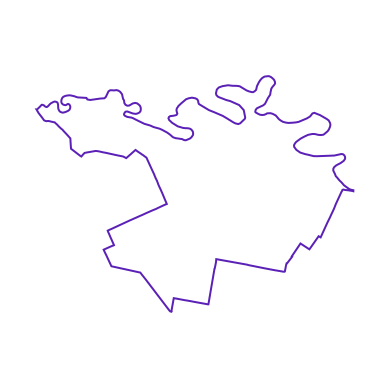 Gherghita, Prahova, Romania, rotated 4°
{"feature_id": "2599482B3655847056384", "entity_name": "Gherghita", "entity_type": "district", "adm_level": 2, "iso_a3": "ROU", "parent_name": "Romania", "parent_adm1": "Prahova", "projection": "albers", "projection_center": [26.262, 44.787], "detail": "fine", "context": "isolated", "style": "outline", "palette": "violet", "viewbox_px": 384, "rotation_deg": 4, "n_neighbors": 0, "source": "geoboundaries", "source_scale": "gbopen_adm2", "svg_char_len": 5913}
<svg xmlns="http://www.w3.org/2000/svg" viewBox="0 0 384 384"><g transform="rotate(4 192 192)"><path d="M352.9,180.0L352.9,179.0L350.9,178.7L348.8,178.2L343.3,174.8L340.6,172.1L338.0,169.9L336.0,167.7L334.3,166.1L333.3,163.9L332.3,162.3L331.5,160.8L331.3,159.2L332.0,157.4L334.1,155.3L338.2,152.8L341.2,150.3L342.4,148.2L342.3,146.8L342.1,146.0L341.4,144.8L340.0,143.8L338.3,143.7L331.5,145.7L314.0,147.6L310.7,147.7L305.6,146.8L302.2,146.3L297.2,145.1L293.2,142.7L290.8,139.9L290.5,138.2L291.3,136.4L292.5,134.7L296.6,131.2L300.2,128.9L303.8,126.9L307.7,125.8L310.4,125.6L314.2,126.2L316.6,126.2L319.0,125.7L319.7,125.2L323.0,122.0L324.2,120.1L325.1,117.4L325.4,115.4L324.9,113.5L323.4,111.1L321.2,109.7L314.2,106.3L312.5,105.8L308.6,104.5L306.7,105.2L304.6,108.3L301.6,110.5L293.5,114.6L290.9,115.3L287.3,115.9L283.1,116.4L280.0,116.1L277.7,115.6L275.3,114.4L273.5,113.2L272.1,111.7L270.2,109.8L267.0,108.4L264.8,107.9L261.5,108.3L260.2,109.2L258.5,110.0L256.5,110.3L255.0,110.2L253.9,110.0L253.4,109.7L252.5,109.4L250.0,108.2L249.5,107.6L249.8,105.6L250.8,104.1L251.9,103.4L257.1,100.5L258.7,98.9L261.2,93.0L263.2,89.5L263.4,86.8L263.9,83.4L264.9,81.6L266.9,78.9L267.3,77.7L266.9,75.9L265.9,74.2L264.2,72.8L262.9,71.9L261.2,71.2L259.9,71.1L256.4,71.8L255.7,72.2L253.8,73.7L252.3,75.7L251.1,77.8L249.4,81.9L248.9,85.4L248.5,86.0L247.4,87.2L246.1,88.1L244.8,88.2L242.0,87.7L239.4,86.9L232.2,83.2L229.5,83.0L225.1,83.2L220.5,83.0L215.0,84.3L211.4,85.9L209.6,88.1L209.0,92.0L209.7,93.8L211.5,95.3L219.6,97.8L224.0,98.7L233.0,102.0L235.0,103.9L237.9,106.7L239.9,114.0L239.6,115.3L235.3,120.1L233.4,121.0L230.4,120.5L228.3,119.6L221.3,115.9L217.3,113.9L209.0,111.0L203.1,109.1L192.8,103.8L192.1,102.4L191.8,100.8L191.3,99.9L190.6,99.1L188.8,98.3L185.4,97.9L182.3,98.7L179.6,99.9L175.0,104.4L172.5,107.1L171.0,109.8L170.8,111.6L171.4,113.6L171.9,114.8L171.3,116.1L170.3,116.6L167.9,117.3L165.0,117.8L163.7,118.9L163.4,120.2L164.2,121.8L167.4,124.4L173.2,127.5L175.4,128.0L178.7,128.7L180.8,128.8L183.2,128.7L185.2,128.9L186.6,129.5L187.9,130.7L188.7,131.9L189.0,133.3L189.1,134.2L189.0,135.1L187.6,137.5L186.1,138.9L182.3,140.8L180.6,140.8L178.4,139.9L171.7,139.4L169.3,138.7L168.0,137.8L166.1,136.3L163.0,134.4L157.7,132.0L155.2,131.1L149.2,129.9L145.7,128.6L139.7,127.3L131.3,123.9L128.1,122.5L126.5,122.0L123.2,121.7L121.8,121.5L119.5,120.5L118.8,119.6L118.9,118.4L119.6,117.1L120.4,116.4L121.9,116.2L127.5,117.8L130.5,118.0L132.1,117.5L134.0,116.4L135.0,114.9L135.2,113.2L134.9,111.2L133.9,109.4L132.6,108.4L131.1,107.4L129.0,107.1L126.5,107.9L124.9,109.1L123.2,110.2L121.3,110.4L119.5,109.6L118.3,107.9L117.8,105.4L116.7,103.8L115.4,99.4L113.5,97.2L111.7,96.1L109.8,95.6L107.1,96.1L104.6,96.1L103.3,96.2L101.7,97.4L99.4,103.2L98.1,104.6L93.9,105.2L84.1,107.3L81.2,107.0L80.1,105.5L71.6,105.6L70.4,105.4L68.0,104.7L65.5,104.3L64.1,104.1L62.6,104.1L59.8,104.7L58.5,105.2L57.0,106.0L56.2,106.9L55.7,108.0L55.4,109.0L55.3,109.7L55.3,110.3L55.4,111.3L55.6,112.1L56.0,112.7L57.2,113.7L58.6,114.1L59.5,114.2L60.2,114.1L61.0,113.5L61.7,113.0L62.3,112.8L62.7,112.9L63.2,113.1L63.8,113.6L64.4,114.6L64.7,115.5L64.6,116.8L64.4,117.5L64.1,118.4L63.3,119.2L62.4,119.9L60.4,120.9L59.2,121.4L57.9,121.8L56.8,121.8L55.9,121.5L55.2,121.3L54.7,121.0L54.2,120.6L53.5,119.6L53.1,118.9L52.8,118.2L52.6,116.8L52.3,114.2L52.0,113.2L51.6,112.3L51.0,111.8L49.6,111.4L48.6,111.4L47.7,111.7L45.8,112.9L45.1,113.3L44.4,114.0L43.3,115.3L42.7,116.1L41.7,117.1L41.1,117.4L40.7,117.4L40.3,117.2L39.1,116.7L38.1,115.8L37.3,115.6L36.3,115.4L35.8,115.7L34.6,117.2L32.5,119.6L31.5,120.5L31.1,120.5L33.5,124.0L37.6,128.6L39.4,130.8L41.1,131.4L41.7,131.5L42.3,131.4L43.4,131.2L44.0,131.2L45.5,131.4L46.3,131.6L47.4,131.7L48.9,132.0L49.4,132.0L50.2,132.1L50.8,132.7L52.3,133.8L53.4,134.8L54.9,136.2L55.9,137.0L56.8,137.7L57.5,138.3L58.4,138.8L59.2,139.7L63.3,143.5L66.9,147.0L67.9,154.6L68.3,157.3L78.4,164.0L78.6,164.0L79.2,164.3L80.4,162.6L82.1,160.5L85.2,159.7L92.9,157.8L94.2,157.8L94.4,157.8L96.6,158.0L100.4,158.6L103.1,158.9L114.7,160.6L117.8,161.0L120.8,161.4L121.4,161.6L124.0,162.8L127.4,159.4L132.4,154.3L132.8,154.0L133.0,154.2L135.5,155.7L138.3,157.3L139.2,157.9L140.9,158.8L142.7,160.0L143.9,160.7L144.0,160.8L144.3,161.1L145.2,162.8L148.4,168.7L151.2,173.8L153.1,177.2L153.3,177.6L153.4,177.9L153.4,178.1L153.6,178.4L154.2,179.5L154.5,180.2L155.0,181.1L155.2,181.4L155.5,181.9L155.8,182.5L156.3,183.2L156.5,183.8L156.6,184.1L156.8,184.5L157.0,184.8L157.3,185.5L157.8,186.7L158.9,188.8L159.7,190.2L160.7,192.0L161.1,192.7L161.4,193.4L162.2,194.8L163.0,196.4L163.8,198.0L165.7,201.8L167.7,205.7L165.1,207.0L159.3,210.2L157.3,211.4L154.2,212.9L152.1,214.0L148.3,216.0L146.1,217.2L144.3,218.2L141.6,219.6L131.4,225.0L123.8,229.2L122.1,230.1L121.8,230.3L110.6,236.4L110.9,237.2L112.5,240.2L113.5,242.2L115.1,245.2L117.4,249.5L117.9,250.5L116.3,251.3L115.8,251.5L113.3,252.8L109.4,254.9L107.9,255.7L109.4,258.5L111.0,261.2L114.3,267.2L116.8,271.7L146.1,276.0L146.6,276.6L148.0,278.2L152.3,282.9L157.3,288.6L171.8,305.1L177.6,311.7L178.0,312.1L178.6,312.6L179.3,312.8L179.8,312.9L180.0,312.6L179.8,312.3L181.2,299.2L187.1,299.8L192.1,300.4L195.6,300.7L195.8,300.8L196.2,300.8L196.4,300.8L198.4,301.0L199.1,301.1L202.4,301.5L215.3,302.9L215.8,303.0L216.2,302.9L217.0,294.8L217.1,294.3L217.1,293.7L219.8,266.9L220.0,266.8L220.1,266.1L220.2,265.2L220.3,264.6L220.4,263.9L220.6,262.2L220.8,260.8L220.9,257.3L252.5,260.7L252.9,260.9L270.1,263.1L280.4,264.3L280.5,264.3L282.6,264.5L285.7,264.8L288.2,265.1L289.6,265.1L290.0,265.0L290.2,264.7L290.7,260.5L290.8,259.4L291.1,257.6L291.2,257.2L291.3,257.3L296.4,249.6L296.0,249.3L303.8,235.8L313.1,241.0L313.5,240.4L321.4,227.3L323.5,228.3L328.9,213.9L329.0,213.6L331.7,207.0L332.1,205.8L333.9,201.2L334.8,198.8L335.9,195.4L336.1,194.6L340.5,183.0L341.2,181.2L341.8,180.1L342.0,179.3L343.0,179.0L344.4,179.3L347.7,179.4L351.1,179.7L352.9,180.0Z" fill="none" stroke="#5b21b6" stroke-width="2"/></g></svg>